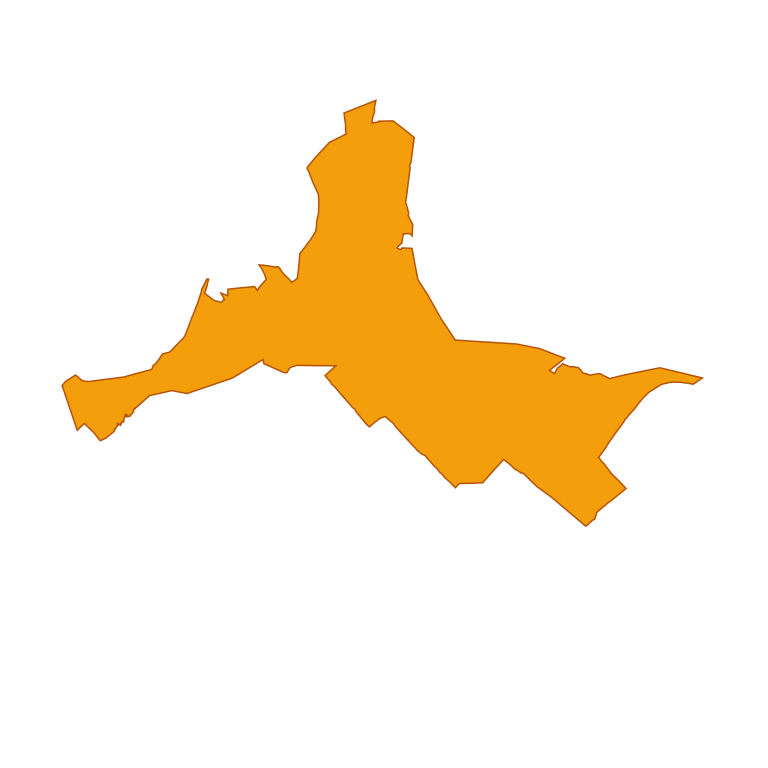 outline of Pantepec, Chiapas, Mexico, rotated 127°
{"feature_id": "50627088B73304631692388", "entity_name": "Pantepec", "entity_type": "district", "adm_level": 2, "iso_a3": "MEX", "parent_name": "Mexico", "parent_adm1": "Chiapas", "projection": "orthographic", "projection_center": [-93.053, 17.195], "detail": "fine", "context": "isolated", "style": "filled", "palette": "amber", "viewbox_px": 768, "rotation_deg": 127, "n_neighbors": 0, "source": "geoboundaries", "source_scale": "gbopen_adm2", "svg_char_len": 5799}
<svg xmlns="http://www.w3.org/2000/svg" viewBox="0 0 768 768"><g transform="rotate(127 384 384)"><path d="M169.0,508.2L168.6,518.3L168.4,535.1L176.6,545.5L176.6,545.1L182.7,550.4L181.8,551.2L181.2,551.6L180.9,551.8L178.8,553.0L178.4,553.2L175.7,554.3L175.1,554.5L174.4,554.7L173.7,554.8L172.1,555.5L168.5,558.3L162.4,561.2L178.8,571.2L191.7,579.0L199.9,570.9L203.9,567.7L206.6,565.4L207.3,564.8L212.9,567.5L223.8,573.0L234.3,574.1L244.0,575.1L257.1,575.7L257.6,575.5L258.5,574.8L259.5,571.8L261.2,569.6L263.7,565.5L265.1,563.3L267.9,558.1L268.1,557.9L268.8,556.5L269.4,555.4L270.6,553.2L272.3,550.2L279.9,544.0L282.7,542.1L283.2,541.8L285.4,540.2L287.8,538.7L290.5,537.6L291.7,537.0L293.1,536.3L295.6,534.9L296.8,534.2L299.1,532.5L303.5,530.5L303.5,530.4L305.0,530.3L309.8,529.8L312.4,529.6L316.3,529.6L322.0,529.5L324.1,529.6L327.8,529.6L330.6,529.7L338.2,524.8L340.1,523.7L341.4,522.9L342.4,522.2L351.5,517.0L351.7,516.9L351.8,516.9L356.2,518.0L356.8,518.3L357.7,518.6L358.3,518.8L357.4,523.0L357.2,524.2L356.8,528.5L355.7,533.6L355.2,534.5L354.3,537.3L354.5,537.6L354.1,539.3L355.9,541.1L357.9,544.8L361.7,551.8L364.1,555.4L365.2,551.7L368.2,545.6L371.3,541.0L382.0,541.9L385.5,541.3L384.0,545.9L393.9,556.8L402.2,565.7L407.5,562.0L409.5,569.0L412.7,562.0L413.7,562.9L416.7,563.0L418.5,567.4L419.3,568.9L419.6,571.8L419.5,575.4L419.5,581.8L416.2,582.9L413.9,583.8L412.3,584.3L408.6,586.1L405.8,587.1L406.6,588.6L409.2,588.3L411.7,587.7L414.3,587.2L417.0,586.8L419.4,585.9L419.5,585.8L421.5,584.9L426.0,583.5L429.9,582.0L437.2,580.0L439.5,579.2L446.0,577.6L456.7,574.4L460.5,573.4L465.8,571.9L468.4,571.9L474.4,572.7L481.3,573.6L482.2,573.6L484.6,574.0L485.9,574.1L487.5,574.4L489.6,576.0L492.7,578.5L493.3,579.0L493.8,579.0L495.3,578.9L497.5,578.7L498.8,578.7L499.9,578.6L500.3,578.6L500.5,578.6L504.8,578.6L508.0,579.5L509.5,579.1L512.1,578.3L532.1,593.8L533.8,594.8L545.3,606.5L546.3,607.6L549.8,611.2L556.9,618.4L559.3,620.8L561.1,623.4L562.9,627.0L562.5,635.8L573.7,639.9L578.9,640.2L605.6,601.1L595.8,599.7L597.5,586.4L599.3,579.7L600.1,576.5L599.8,576.3L595.7,574.1L594.2,573.5L584.3,571.0L583.1,571.3L582.3,572.1L581.5,571.4L581.1,571.8L580.5,571.7L578.3,571.8L578.0,571.9L576.7,572.0L576.6,572.7L576.2,572.8L575.9,573.1L575.6,572.5L575.9,572.2L576.1,571.6L575.8,571.7L575.6,570.5L574.8,570.5L575.4,569.7L574.7,569.6L574.4,569.7L571.7,570.7L571.7,569.8L570.9,569.2L570.1,569.4L570.0,569.9L568.6,570.6L565.3,571.6L563.8,572.4L563.7,572.3L564.0,571.9L564.8,571.0L565.3,570.0L565.1,569.9L563.6,570.7L563.4,570.6L563.4,570.4L563.5,569.9L564.2,568.9L562.8,567.5L562.5,567.7L561.5,567.9L561.2,568.1L560.7,567.5L557.8,567.4L556.8,567.4L556.5,567.5L555.8,568.3L555.4,568.3L553.7,568.9L553.5,567.9L552.6,567.9L534.2,564.2L516.9,549.4L510.2,535.6L470.6,508.7L437.1,495.3L440.1,492.3L437.0,479.1L435.7,473.1L434.8,470.0L433.3,468.4L428.0,468.9L427.1,468.7L426.9,468.7L421.4,464.6L416.3,457.6L413.1,453.4L412.9,452.9L405.9,443.5L403.8,440.7L398.5,433.5L404.0,434.5L412.8,436.1L413.5,433.3L414.0,430.7L414.6,428.2L414.7,427.7L414.8,427.0L415.3,426.3L415.6,426.2L415.9,421.8L417.8,413.5L418.6,409.5L418.9,409.4L419.0,409.0L418.9,407.9L419.6,404.7L420.2,401.9L420.7,399.7L420.8,398.9L421.8,394.5L421.5,392.1L422.8,390.1L423.3,387.9L423.8,385.8L424.5,382.9L426.4,375.5L426.7,373.0L426.8,372.9L427.0,369.9L425.4,369.5L425.0,369.4L421.4,368.6L419.3,368.1L413.2,366.2L409.3,363.4L409.9,352.7L410.8,349.8L411.5,347.3L413.3,337.6L413.3,337.4L414.4,331.5L414.9,328.8L414.9,328.6L416.5,319.8L416.9,317.8L417.2,316.0L417.1,311.1L416.4,308.5L419.2,295.4L419.7,290.2L421.0,286.5L420.9,284.2L422.3,278.7L422.6,273.5L423.8,264.5L418.2,264.1L410.8,254.6L403.5,245.8L386.5,244.4L372.2,243.0L372.4,235.5L373.4,227.5L372.6,226.4L372.6,224.5L372.7,221.1L371.6,219.8L371.6,218.7L372.0,214.9L373.1,207.6L373.9,200.0L373.6,182.5L374.7,163.2L376.2,137.5L375.4,137.2L373.8,136.6L372.2,136.4L367.1,135.4L365.2,134.4L358.0,136.8L351.8,135.3L349.2,134.8L346.9,134.0L345.1,134.0L344.4,133.8L343.5,133.3L342.2,132.8L321.8,127.8L319.9,138.3L319.7,141.1L319.2,144.2L318.6,148.6L315.5,159.3L314.6,164.3L313.8,167.1L313.6,168.4L300.5,168.6L298.9,169.0L288.7,169.4L280.9,169.6L275.8,169.6L269.7,169.7L267.4,170.1L265.8,169.9L258.2,169.5L257.3,169.3L250.7,168.9L244.0,169.0L243.0,168.8L242.9,168.8L239.1,168.8L237.7,168.4L231.0,167.4L223.8,164.7L220.1,163.2L217.5,162.4L217.4,162.3L210.6,156.6L207.5,153.0L206.2,151.0L203.6,147.4L203.5,147.2L203.1,146.3L200.8,142.3L200.0,140.7L199.9,140.6L198.3,137.2L197.4,136.6L187.6,133.4L191.6,142.6L196.3,153.5L199.9,161.7L202.0,166.5L205.1,173.5L208.9,176.9L215.5,182.8L226.0,192.1L231.8,197.2L239.1,203.2L243.9,207.1L245.9,217.9L248.9,221.2L253.0,224.7L253.9,228.2L255.5,231.5L254.5,235.0L254.4,237.0L253.9,238.6L254.9,240.3L255.8,242.1L256.5,243.9L258.1,245.4L258.8,247.4L259.8,251.3L260.2,253.7L261.8,253.6L263.0,254.0L264.2,254.3L265.5,254.7L266.4,255.0L267.2,255.0L268.1,254.9L269.1,254.7L270.5,254.5L273.0,254.0L273.7,260.0L273.2,260.2L272.6,259.7L268.0,258.6L264.5,257.6L254.6,255.1L256.7,262.1L258.8,269.5L262.0,280.9L264.4,285.8L267.8,292.9L272.3,302.2L275.2,306.6L278.1,311.1L281.2,315.8L284.0,320.0L286.9,324.5L289.9,328.9L292.8,333.4L295.7,337.8L298.8,342.4L301.6,346.8L306.0,353.5L304.1,359.0L301.2,367.1L297.4,378.0L294.1,385.5L291.9,390.5L288.6,398.0L286.3,403.0L286.3,403.3L285.2,406.4L283.3,411.6L280.1,420.0L271.5,429.4L258.8,443.3L264.0,450.7L264.7,451.6L266.4,451.3L267.4,454.0L267.5,454.1L267.6,454.9L266.5,455.7L266.0,455.8L265.3,455.4L262.1,455.0L261.1,454.5L252.2,459.1L251.9,458.0L249.0,455.0L248.7,454.3L248.4,452.5L248.8,450.7L239.5,456.9L235.0,466.0L233.9,466.4L232.2,467.6L230.1,470.5L228.9,471.9L225.8,476.1L220.8,478.8L214.7,482.3L208.5,485.9L195.5,493.3L194.4,495.0L191.5,495.5L183.1,500.2L169.0,508.2Z" fill="#f59e0b" stroke="#b45309" stroke-width="1.5"/></g></svg>